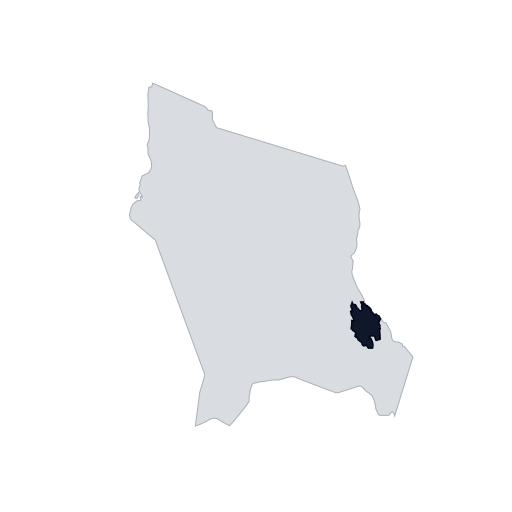 location of Loima, Rift Valley, Kenya, rotated 160°
{"feature_id": "3690345B72596484741491", "entity_name": "Loima", "entity_type": "district", "adm_level": 2, "iso_a3": "KEN", "parent_name": "Kenya", "parent_adm1": "Rift Valley", "projection": "equal_earth", "projection_center": [35.181, 3.01], "detail": "fine", "context": "in_parent", "style": "filled", "palette": "ink", "viewbox_px": 512, "rotation_deg": 160, "n_neighbors": 0, "source": "geoboundaries", "source_scale": "gbopen_adm2", "svg_char_len": 7765}
<svg xmlns="http://www.w3.org/2000/svg" viewBox="0 0 512 512"><g transform="rotate(160 256 256)"><path d="M141.0,310.5L140.9,303.9L141.6,287.0L141.5,272.2L142.2,264.8L144.9,260.1L146.1,256.6L147.0,251.9L148.4,248.0L151.7,244.8L152.2,243.1L155.6,237.8L157.7,231.0L159.2,228.7L161.2,226.6L162.5,225.4L164.8,224.3L166.5,223.7L166.8,223.1L167.0,222.0L166.4,217.8L167.2,216.4L168.4,213.6L169.7,211.0L171.0,209.3L171.6,207.6L172.0,204.7L172.0,202.6L172.0,199.1L171.6,191.3L170.2,184.8L169.3,177.5L169.9,175.1L168.8,170.8L168.2,170.6L167.3,169.7L166.1,165.7L165.2,162.0L164.7,161.0L160.8,157.8L158.9,150.2L156.7,148.6L155.6,141.0L155.3,138.9L156.6,131.4L156.4,129.6L155.2,128.0L151.5,126.4L148.6,123.3L149.0,122.2L149.2,121.1L147.6,120.4L143.1,107.5L148.9,99.8L154.8,92.0L162.3,82.1L169.2,73.0L175.1,65.2L180.4,58.2L180.3,59.5L180.3,61.3L180.9,62.3L182.0,63.1L183.5,62.3L184.9,61.2L186.2,61.0L194.1,63.9L195.5,66.4L195.4,69.2L195.7,71.2L195.1,73.2L194.4,79.2L194.6,84.7L197.0,88.8L199.2,92.0L200.9,96.5L202.1,97.9L203.8,98.6L209.3,98.8L217.4,99.1L225.2,99.4L225.9,99.5L227.6,100.1L234.8,106.2L241.3,111.8L246.9,116.6L252.3,121.3L257.6,125.9L261.6,129.7L265.6,130.9L272.2,131.4L276.7,131.6L280.9,133.2L287.1,134.7L291.7,135.4L294.5,136.3L302.2,137.2L303.5,136.7L306.9,132.5L310.8,125.6L312.2,121.8L317.2,118.1L325.9,112.9L332.0,109.2L338.8,105.5L341.9,108.7L346.2,113.8L348.1,116.4L349.7,117.5L352.0,118.3L354.8,118.3L356.3,118.2L359.5,117.5L366.9,116.9L371.1,116.9L367.6,123.8L363.3,132.0L355.5,147.1L349.6,155.0L345.1,161.0L344.7,162.1L344.7,168.8L344.8,185.2L344.9,217.9L345.0,250.7L345.1,283.5L345.2,299.8L345.2,305.4L349.1,312.2L353.0,319.0L358.1,327.9L360.8,332.6L361.3,334.2L361.1,337.4L356.9,344.1L353.5,347.1L348.8,348.6L347.4,348.3L345.6,347.3L344.9,348.9L344.4,351.4L343.3,350.9L342.6,350.2L343.0,354.6L343.5,356.8L342.8,359.8L340.5,362.3L340.3,364.5L335.5,370.2L328.5,370.9L324.9,373.7L323.3,376.0L322.0,381.1L322.5,388.9L320.5,394.9L320.2,397.9L316.6,401.8L315.0,405.3L313.8,408.9L312.8,410.5L311.6,418.7L309.9,423.6L309.5,425.2L309.0,426.7L307.8,429.6L306.9,431.6L306.3,432.9L302.1,445.5L298.8,451.3L296.2,450.6L294.5,452.8L294.3,453.8L293.4,453.3L291.2,451.2L286.8,446.9L282.4,442.6L278.0,438.3L273.6,434.0L269.2,429.7L264.7,425.4L260.3,421.1L255.9,416.8L253.3,414.3L252.2,412.8L251.3,409.9L250.8,409.1L249.6,408.2L248.3,408.0L247.9,407.4L247.9,406.0L248.4,403.9L250.0,400.0L250.2,397.7L249.8,395.1L249.3,390.8L248.9,389.9L246.0,387.7L239.8,383.1L233.7,378.4L227.5,373.8L221.4,369.2L215.2,364.6L209.1,359.9L202.9,355.3L196.8,350.7L190.6,346.1L184.5,341.4L178.3,336.8L172.2,332.2L166.0,327.6L159.9,322.9L153.7,318.3L147.6,313.7L145.3,311.9L143.2,310.5L141.0,310.5ZM345.6,355.4L344.5,355.8L345.1,353.5L348.2,350.7L349.5,351.3L349.8,352.0L349.7,352.6L349.2,353.2L345.6,355.4Z" fill="#d9dde1" stroke="#a8b0b8" stroke-width="1"/><path d="M181.5,179.5L182.0,178.8L182.1,178.5L182.3,178.3L182.4,178.2L182.7,178.1L182.9,177.7L183.2,177.4L183.4,177.2L183.5,177.1L184.0,176.8L184.0,176.7L183.9,176.4L183.8,176.0L183.9,175.9L184.0,175.8L184.0,175.7L183.9,175.3L184.0,175.1L184.2,174.9L184.1,174.6L183.9,174.6L183.9,174.4L183.8,174.2L183.9,173.9L183.9,173.7L183.7,173.7L183.8,173.4L183.8,173.1L184.0,172.9L183.9,172.7L183.8,172.2L183.7,172.0L183.7,171.9L183.8,171.7L183.6,171.6L183.7,171.4L183.5,171.2L183.5,170.9L183.4,170.7L183.5,170.6L183.7,170.8L184.0,170.7L184.4,170.9L184.5,170.9L184.7,171.1L185.0,171.1L185.2,171.5L185.3,171.9L185.6,171.8L186.1,171.5L186.2,171.4L186.2,171.0L186.1,170.8L186.2,170.1L186.2,169.8L186.3,169.6L186.3,169.3L186.5,169.0L186.5,168.8L186.5,168.3L186.5,167.9L186.3,167.3L186.1,166.6L186.0,165.8L185.9,164.6L185.9,163.7L185.9,163.2L186.1,161.7L186.4,161.7L187.0,161.9L187.4,162.2L187.8,162.6L188.0,162.7L188.2,162.4L188.2,162.1L188.4,161.8L188.4,161.7L188.4,161.4L188.5,161.2L188.7,160.7L189.0,159.9L189.2,159.6L189.5,159.1L189.6,158.7L189.6,158.4L189.7,158.2L189.8,157.8L190.3,157.4L190.5,157.1L190.6,156.9L190.6,156.6L190.8,156.4L191.1,156.1L191.2,155.9L191.3,155.7L191.3,155.3L191.4,155.0L190.8,154.1L190.6,153.7L190.5,152.9L190.4,152.6L190.0,152.3L189.7,152.0L189.5,151.7L189.1,150.9L188.5,149.7L188.7,149.2L188.8,149.0L189.2,148.7L189.3,148.4L189.3,148.1L189.4,147.9L189.5,147.8L189.8,147.9L190.0,147.4L190.2,147.1L189.8,147.1L189.7,147.0L189.7,146.9L189.8,146.7L189.9,146.4L190.0,146.2L190.1,145.9L189.9,145.4L188.9,144.6L188.7,144.2L188.7,143.8L188.7,142.8L188.7,142.5L188.7,142.2L188.3,141.8L188.3,141.7L188.2,141.6L188.2,141.4L188.0,141.2L187.9,141.0L187.8,140.9L187.5,140.4L186.9,139.5L186.8,139.3L186.6,139.3L186.6,139.2L186.4,138.9L186.3,138.4L186.3,137.6L186.4,136.6L186.4,136.0L186.3,135.7L186.0,135.4L185.7,135.4L185.7,135.0L185.6,134.9L185.5,134.7L185.4,134.6L185.2,134.6L184.8,134.6L184.5,134.6L184.3,134.5L184.2,134.6L184.0,134.4L183.9,134.4L183.6,134.5L183.4,134.5L183.1,134.6L183.0,134.4L182.9,134.2L182.8,133.9L182.5,133.5L182.5,133.4L182.3,132.3L182.2,132.0L182.1,131.7L182.0,131.1L181.9,130.9L181.7,130.9L180.9,130.8L180.7,130.7L180.1,130.3L179.9,130.1L179.0,130.0L178.8,129.9L177.9,129.6L177.7,129.9L177.6,130.3L177.4,130.7L177.3,130.9L177.1,131.2L176.9,131.5L176.7,132.0L176.6,132.3L176.4,132.8L176.3,133.4L176.3,133.9L176.3,134.1L176.2,134.2L176.2,134.5L176.0,135.0L176.0,135.6L176.1,136.3L176.1,137.3L176.1,137.6L176.1,138.4L176.3,138.8L176.4,139.3L176.5,139.5L176.7,140.0L177.0,140.2L177.1,140.4L177.2,140.5L177.5,140.6L177.3,140.8L177.2,140.9L177.0,141.0L176.9,141.1L176.7,141.1L176.4,141.3L176.2,141.5L175.7,141.7L175.6,141.8L174.1,141.1L173.9,141.1L173.7,140.9L173.4,140.9L173.0,140.7L172.6,140.6L171.9,140.3L171.9,140.1L172.1,138.8L172.2,137.3L172.1,135.8L172.1,135.7L171.9,135.6L167.9,135.3L167.7,135.6L167.6,135.8L167.5,136.2L167.4,136.4L167.3,136.6L167.3,137.0L167.2,137.3L167.1,137.6L167.2,137.9L167.2,138.0L166.8,138.4L166.7,138.7L166.6,139.1L166.4,139.4L166.4,139.6L166.5,139.7L166.3,140.1L166.3,140.4L166.1,140.6L166.2,141.2L166.2,141.6L165.9,141.8L165.9,142.1L165.6,142.3L165.5,142.6L165.4,143.0L165.5,143.3L165.5,143.6L165.5,143.9L165.4,144.0L165.2,144.2L164.9,144.3L164.7,144.8L164.2,145.0L164.0,145.6L164.1,145.8L164.1,146.1L164.0,146.3L163.9,146.6L163.9,146.9L163.8,147.0L163.8,147.3L163.7,147.5L163.3,148.0L163.3,148.4L163.4,148.7L163.4,148.9L163.4,149.0L163.5,149.0L163.5,149.4L163.6,149.6L163.5,149.8L163.5,150.1L163.4,150.3L163.5,150.6L163.5,151.0L163.6,151.5L163.4,151.9L163.1,151.8L162.9,152.2L162.6,152.3L162.5,152.5L162.3,152.6L162.2,153.0L161.8,153.6L161.7,153.6L161.4,153.6L161.2,153.5L160.9,153.9L160.7,154.0L160.6,154.3L160.6,154.6L160.8,154.8L160.8,155.7L161.1,157.9L162.3,158.6L162.7,160.2L162.8,160.2L163.1,160.3L163.6,160.3L163.8,160.3L164.1,159.8L164.3,159.9L164.4,160.2L164.9,160.5L165.1,160.7L165.4,161.8L165.7,161.6L165.9,161.9L166.1,162.8L166.4,164.0L166.4,164.7L166.4,165.0L166.2,166.7L166.6,167.3L166.8,168.4L167.7,169.7L168.0,170.4L168.4,171.2L168.8,171.7L169.2,171.6L169.2,171.0L169.6,170.8L169.7,171.0L169.9,172.5L170.1,173.7L170.7,173.8L170.9,174.4L171.1,175.4L171.3,175.4L171.3,175.5L171.3,175.8L171.1,176.1L171.3,176.1L171.6,176.4L171.8,176.5L173.4,177.0L173.4,176.7L173.2,176.0L173.2,175.9L173.3,175.8L173.3,175.7L173.2,175.5L173.2,175.2L173.2,174.8L173.1,174.4L173.2,174.0L173.4,173.7L173.8,173.0L174.0,172.5L174.1,172.3L174.3,171.9L174.3,171.5L174.3,171.3L174.3,170.9L174.4,170.5L174.4,170.2L174.5,169.9L174.5,169.7L174.8,169.5L174.9,169.3L175.0,169.1L175.3,168.8L175.4,168.7L175.8,168.6L175.9,168.4L176.1,168.5L176.4,168.7L177.1,169.3L177.5,169.8L177.8,170.5L178.0,171.3L178.0,171.6L178.8,172.7L178.8,172.9L178.9,174.5L179.0,175.2L179.0,175.5L179.1,175.9L179.3,176.3L179.5,176.4L179.7,176.5L179.8,176.6L180.2,176.8L180.3,176.7L180.5,176.8L180.9,177.0L181.1,177.1L181.2,177.4L181.4,178.3L181.5,179.5Z" fill="#0f172a" stroke="#020617" stroke-width="1.5"/></g></svg>